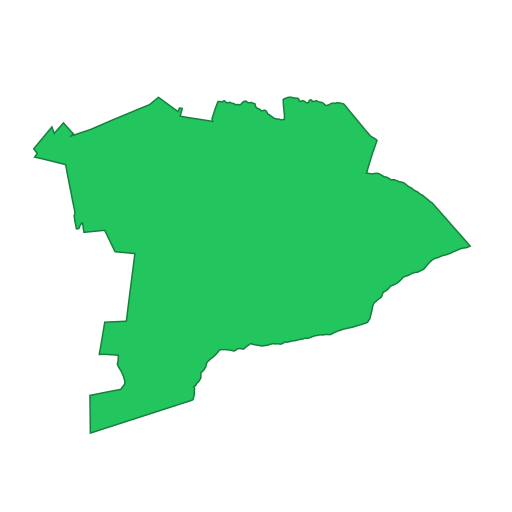 Endebess, Rift Valley, Kenya, rotated 176°
{"feature_id": "3690345B22392033475621", "entity_name": "Endebess", "entity_type": "district", "adm_level": 2, "iso_a3": "KEN", "parent_name": "Kenya", "parent_adm1": "Rift Valley", "projection": "albers", "projection_center": [34.736, 1.146], "detail": "fine", "context": "isolated", "style": "filled", "palette": "green", "viewbox_px": 512, "rotation_deg": 176, "n_neighbors": 0, "source": "geoboundaries", "source_scale": "gbopen_adm2", "svg_char_len": 5973}
<svg xmlns="http://www.w3.org/2000/svg" viewBox="0 0 512 512"><g transform="rotate(176 256 256)"><path d="M431.4,128.5L432.7,105.8L432.9,102.5L433.1,99.7L433.6,90.9L429.8,91.8L428.7,92.1L420.7,94.1L344.9,112.9L329.5,116.7L328.7,117.4L327.9,119.9L327.7,120.9L327.1,122.0L326.9,125.8L326.7,127.0L326.5,128.1L326.9,128.9L327.0,130.2L325.8,130.6L324.6,131.9L324.3,132.8L323.6,133.5L322.4,134.2L319.6,138.0L319.2,141.6L319.3,142.8L318.8,143.7L317.7,144.3L315.8,146.2L313.8,148.9L313.1,151.5L312.6,152.6L312.1,153.6L311.2,154.2L310.3,155.0L309.3,155.9L308.4,156.5L307.5,157.2L306.7,157.6L305.5,158.4L302.4,161.0L301.8,161.8L300.9,162.5L300.2,163.3L299.6,164.0L298.6,164.8L297.0,165.1L295.8,164.9L294.5,164.8L293.4,164.8L291.9,164.6L290.9,164.3L289.7,164.2L288.6,164.0L284.4,162.7L283.0,163.4L282.1,164.0L281.2,164.4L280.0,164.8L278.5,164.8L275.0,164.0L272.1,166.0L271.1,166.9L269.9,167.5L268.7,168.2L267.7,168.9L266.8,168.9L265.8,168.2L264.1,167.8L262.6,167.4L261.1,166.9L259.8,166.7L258.6,166.6L257.6,166.0L256.7,165.8L250.9,166.2L249.4,166.5L248.1,166.9L247.1,167.1L246.2,167.2L244.8,167.4L243.5,167.0L242.0,166.9L241.0,167.0L239.4,166.7L237.4,166.3L234.2,167.5L233.4,168.1L232.2,168.0L230.3,167.9L229.3,168.1L225.5,168.7L224.1,168.9L223.0,168.7L222.0,169.1L220.5,169.3L214.5,170.1L213.4,170.5L212.5,170.5L211.5,170.2L208.7,170.6L207.7,170.8L206.0,171.4L204.7,171.8L203.4,172.1L202.3,172.4L201.1,172.4L199.2,172.7L198.1,172.9L197.0,172.8L195.5,172.6L194.4,172.6L193.0,172.7L192.0,172.8L191.0,172.8L189.5,172.6L187.2,172.4L184.6,173.5L183.7,174.1L182.7,174.4L181.7,174.6L180.7,175.0L179.8,175.4L178.7,175.7L177.3,175.9L176.3,176.3L175.3,176.6L173.8,177.0L172.3,177.1L171.2,177.3L170.1,177.5L164.5,178.3L162.6,178.7L161.3,179.0L159.3,179.5L157.6,180.0L156.6,180.1L155.5,180.3L149.4,182.0L146.6,185.8L146.3,186.9L145.8,188.6L145.4,189.8L144.2,193.4L143.7,195.4L143.5,196.5L143.1,197.5L142.7,198.7L142.2,199.7L141.8,200.4L141.1,201.2L140.3,201.8L138.7,203.0L137.9,203.7L136.7,204.5L133.8,206.3L133.1,207.6L132.6,209.1L132.1,209.9L131.2,211.2L129.6,211.8L126.7,213.6L125.2,215.1L124.6,215.9L123.9,216.5L122.6,217.0L121.3,217.4L120.2,217.7L115.9,219.8L111.8,223.3L111.1,224.2L110.3,224.7L109.2,225.1L108.0,225.5L106.5,225.7L102.8,227.2L101.7,227.7L100.6,228.1L99.3,228.4L98.2,228.4L95.7,228.6L89.7,231.1L88.9,231.8L85.3,235.7L84.4,236.4L83.5,237.4L82.5,238.3L81.7,238.8L80.6,239.7L79.5,240.3L78.6,240.7L77.5,241.1L76.1,241.6L74.9,241.6L70.7,243.1L69.6,243.4L68.6,243.7L67.6,243.7L66.4,243.9L65.2,244.2L62.1,245.1L60.7,245.6L59.1,246.4L57.8,246.8L56.9,247.0L54.7,247.8L53.0,248.5L51.3,249.0L49.8,249.3L45.3,249.7L42.5,250.6L41.7,251.0L49.5,261.3L59.1,273.8L60.5,275.7L67.1,284.3L70.1,288.3L72.1,290.9L76.9,297.1L77.8,297.4L78.9,298.5L80.2,299.9L81.2,300.8L83.6,303.1L84.6,303.9L85.5,305.0L86.9,305.6L88.1,306.5L89.4,307.7L90.1,308.5L91.5,309.3L92.6,310.0L93.6,310.6L94.5,311.3L95.5,312.3L96.2,313.0L97.1,313.5L97.9,313.9L98.9,314.6L100.4,315.9L101.8,317.3L103.0,318.3L104.3,319.1L105.8,319.6L107.3,319.9L108.3,320.2L109.0,320.8L110.4,321.3L111.7,322.0L112.8,322.5L114.3,322.6L115.7,322.5L116.8,323.3L117.8,324.0L118.7,324.6L119.6,325.1L120.4,325.7L121.6,325.8L122.8,326.2L124.4,327.4L125.4,328.0L126.2,328.6L127.5,329.5L129.0,330.0L130.5,330.1L132.0,330.1L133.2,329.8L134.3,329.9L135.8,330.0L137.5,330.5L140.0,330.9L139.5,332.0L138.3,335.5L135.8,342.1L133.5,348.1L131.9,352.0L131.4,353.0L130.6,354.8L130.1,356.1L128.7,359.3L127.9,361.4L127.2,362.8L128.4,364.2L132.1,366.7L133.4,367.7L139.3,375.6L144.2,382.5L149.9,390.4L153.3,395.2L156.1,399.3L157.1,400.6L158.0,401.6L159.8,402.2L161.0,402.5L162.0,402.8L163.0,403.1L164.1,403.2L165.5,403.1L166.9,402.8L168.5,403.2L170.3,402.9L171.8,402.2L173.0,401.6L174.3,401.4L175.8,401.2L177.3,402.6L177.8,403.4L178.6,404.0L179.6,404.5L180.7,404.9L181.7,405.1L182.6,405.4L183.7,405.9L184.9,406.8L186.5,406.4L187.9,406.1L189.1,406.2L189.3,407.2L190.1,407.9L191.1,407.9L192.0,407.4L192.6,406.2L193.1,405.3L194.0,405.1L194.9,405.4L195.9,406.0L196.9,406.9L197.8,407.5L199.0,407.7L200.6,407.1L202.2,407.7L202.2,409.1L202.8,410.1L203.7,410.6L205.2,410.7L206.3,410.9L207.6,411.2L208.6,411.5L209.7,411.9L210.9,412.1L212.5,412.0L214.0,411.8L215.6,411.3L216.9,410.8L218.0,410.2L218.1,404.1L217.8,393.9L218.3,390.1L219.6,390.2L220.9,390.0L222.3,390.5L223.6,391.0L225.3,391.1L226.7,391.5L228.0,392.1L229.2,392.6L230.3,393.9L231.4,394.6L232.2,395.4L232.9,396.1L234.1,396.4L235.3,399.1L235.9,400.1L236.9,400.8L237.9,400.8L240.2,400.3L241.1,400.9L241.8,402.0L242.9,402.5L244.3,403.3L245.5,404.3L246.0,405.2L246.1,406.1L246.5,408.0L247.8,408.4L248.8,408.8L249.9,409.5L251.1,409.4L252.1,409.3L253.3,409.6L254.3,410.4L255.2,411.2L256.2,411.3L258.1,410.7L259.9,408.9L261.0,408.1L262.2,407.9L263.7,408.4L265.0,408.4L266.1,408.4L267.0,409.4L268.5,409.8L270.3,410.5L271.3,411.2L272.7,411.0L273.9,410.7L275.1,411.2L275.8,412.1L276.8,413.1L277.8,412.8L278.8,412.2L280.1,412.2L281.5,412.7L283.1,412.8L286.3,406.0L288.8,399.8L290.3,395.9L289.8,393.3L316.4,399.4L321.9,400.8L319.3,408.3L321.9,409.0L323.8,405.5L342.2,421.1L351.7,414.4L362.9,410.7L387.3,402.5L389.7,401.7L412.4,393.7L431.8,388.7L429.7,390.7L432.0,393.4L437.0,399.9L438.8,402.2L448.7,392.4L450.6,399.0L458.0,391.3L470.3,378.4L467.1,373.6L469.9,370.1L463.5,368.2L455.1,365.5L446.8,362.8L439.6,360.5L439.2,357.7L438.6,352.0L437.9,346.5L437.2,340.6L436.5,335.1L435.8,329.6L435.2,324.3L434.4,318.6L433.7,313.2L433.7,310.5L434.6,309.2L434.3,304.0L433.2,295.6L432.2,295.5L430.8,295.8L430.2,296.7L429.9,297.6L429.5,298.6L428.6,299.5L427.6,301.0L426.7,301.1L426.0,291.6L405.2,292.2L404.2,289.8L403.3,287.6L396.3,270.1L376.7,266.9L379.4,252.9L383.4,233.1L389.9,200.0L411.5,200.5L415.1,185.4L419.2,168.7L416.2,168.6L414.1,168.5L408.0,167.7L406.7,167.6L400.3,166.6L400.4,165.2L400.8,161.7L401.2,159.9L401.9,157.8L400.7,154.5L399.0,151.5L397.4,147.6L396.6,145.0L395.8,141.3L395.6,139.4L395.8,137.8L397.3,135.7L398.5,134.6L400.1,132.4L416.1,130.5L431.4,128.5Z" fill="#22c55e" stroke="#15803d" stroke-width="1.5"/></g></svg>